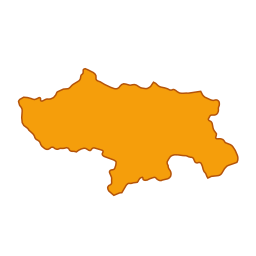 the Prefecture of Nagano, rotated 82°
{"feature_id": "JPN-1844", "entity_name": "Nagano", "entity_type": "Prefecture", "adm_level": 1, "iso_a3": "JPN", "parent_name": "Japan", "parent_adm1": "", "projection": "albers", "projection_center": [138.086, 36.102], "detail": "fine", "context": "isolated", "style": "filled", "palette": "amber", "viewbox_px": 256, "rotation_deg": 82, "n_neighbors": 0, "source": "natural_earth", "source_scale": "10m", "svg_char_len": 3810}
<svg xmlns="http://www.w3.org/2000/svg" viewBox="0 0 256 256"><g transform="rotate(82 128 128)"><path d="M188.7,55.9L187.0,56.6L184.1,57.3L182.7,58.0L181.8,58.7L179.6,59.3L176.1,59.7L173.9,60.3L172.9,60.7L172.2,61.5L172.0,62.8L172.2,64.5L171.7,65.7L170.8,66.5L167.4,67.4L166.5,68.0L165.9,68.9L165.7,70.0L165.3,71.0L164.9,72.0L164.1,73.2L163.5,74.4L163.0,77.2L161.6,82.1L161.2,84.4L161.0,86.1L161.4,88.3L162.1,89.9L164.0,91.7L166.7,93.8L167.8,94.1L169.1,94.1L170.7,93.5L172.3,93.6L173.7,93.3L176.1,92.2L177.4,91.8L178.8,91.7L180.1,91.9L181.7,92.5L183.0,93.8L183.8,95.6L184.3,101.0L184.4,101.6L184.7,102.5L184.4,104.0L183.7,105.2L182.7,106.4L181.0,107.6L180.5,108.7L180.7,110.4L181.3,113.6L182.2,116.2L182.2,118.3L181.8,119.4L181.1,120.2L179.5,120.2L178.8,120.7L179.0,122.1L179.5,123.2L180.8,124.5L182.0,125.3L183.0,126.3L183.1,127.6L183.0,130.0L183.3,132.5L183.2,133.7L182.9,134.8L183.2,136.1L184.4,137.7L191.2,143.1L191.1,145.3L192.7,151.4L187.8,155.7L186.2,156.3L185.1,156.4L184.1,156.4L183.2,155.9L182.3,154.9L181.9,153.6L181.4,152.7L180.6,152.0L179.4,151.7L177.9,151.6L175.6,151.2L174.4,151.2L169.5,152.5L168.3,152.3L167.5,151.4L167.2,150.3L167.2,149.1L167.1,148.3L166.8,147.4L166.0,146.7L163.2,145.3L160.7,144.6L159.7,144.6L158.7,145.3L157.6,146.7L152.9,155.5L152.1,156.4L151.3,157.0L150.1,157.2L148.1,156.0L147.2,156.0L146.3,156.9L143.0,164.2L142.9,165.2L143.5,166.6L144.6,167.6L145.1,168.7L144.6,169.9L142.4,172.6L141.9,174.3L142.2,177.0L143.2,180.1L144.5,182.4L143.6,184.7L143.2,187.1L142.7,188.1L141.9,188.9L140.6,189.4L139.6,190.1L138.9,191.7L139.1,193.0L139.2,194.5L139.1,195.9L138.7,197.9L139.0,199.3L139.3,200.5L139.1,201.6L138.4,203.0L136.8,204.6L136.4,205.8L136.5,206.9L137.2,208.0L137.7,209.2L138.0,210.3L137.7,211.9L136.7,213.4L134.2,215.7L132.5,216.6L129.9,217.2L128.8,217.8L127.5,219.1L126.7,220.3L125.8,221.0L124.7,221.5L122.4,222.0L120.5,223.0L116.4,226.4L114.5,227.3L111.0,230.8L108.0,232.0L102.9,231.8L96.4,230.4L94.6,230.3L92.8,230.8L91.5,231.6L90.3,232.2L87.6,232.6L86.4,232.7L85.5,232.1L84.6,231.1L83.0,227.0L83.9,223.2L85.4,219.7L86.2,218.3L86.8,216.6L86.5,214.7L85.5,211.7L85.9,210.8L86.6,210.5L88.6,210.7L89.2,210.2L89.4,209.1L88.2,205.6L88.0,204.2L88.4,202.3L88.4,200.4L87.5,197.5L85.2,194.9L83.3,193.8L82.8,193.4L82.5,193.1L82.2,192.4L80.5,186.6L80.7,182.9L80.7,181.5L80.0,180.1L77.9,177.5L77.1,176.1L74.5,170.1L73.7,169.1L72.6,168.3L70.0,167.5L69.0,166.9L68.4,165.9L67.6,165.0L66.5,164.6L64.3,164.3L63.6,163.6L63.3,162.2L64.8,159.6L68.3,154.6L69.9,153.2L71.6,152.5L73.1,152.6L75.1,152.9L76.4,152.3L77.4,151.0L78.4,149.1L81.7,145.0L85.3,139.5L87.1,136.1L87.5,134.6L87.5,133.1L86.7,131.3L85.3,129.9L84.1,128.2L83.6,126.1L84.3,123.8L85.7,120.7L86.0,119.4L85.8,117.9L85.8,116.9L85.9,115.5L86.7,113.7L89.1,110.9L89.9,109.8L90.4,108.6L91.4,105.3L91.6,103.6L91.0,101.8L90.1,99.9L86.2,96.4L87.6,94.4L90.4,92.2L91.3,91.1L92.0,89.9L93.4,86.0L94.7,83.3L96.0,81.6L96.5,80.2L96.4,79.1L96.1,77.9L96.5,76.8L97.4,75.6L98.9,74.2L100.5,72.1L101.0,70.4L101.3,68.5L101.5,65.8L101.9,63.2L101.8,50.9L105.7,49.5L106.9,48.7L108.1,47.7L111.4,42.6L112.2,41.0L112.6,39.6L112.4,37.5L112.5,36.5L112.9,35.6L113.6,34.9L114.3,34.4L114.9,34.2L115.8,34.1L117.1,34.2L118.3,34.5L119.9,35.4L121.1,35.8L122.6,35.9L123.9,36.2L125.4,37.0L126.2,37.7L126.8,38.6L127.1,39.6L127.2,40.8L126.8,43.7L127.0,44.5L127.4,45.1L130.4,47.3L131.7,46.9L133.1,45.0L134.2,44.3L135.5,44.0L139.7,43.8L141.4,43.5L142.7,43.0L145.4,41.5L146.1,41.2L146.8,41.4L147.8,41.7L149.5,42.5L150.5,42.3L151.1,41.4L151.4,38.5L151.8,37.2L152.6,35.7L153.6,34.9L156.0,33.7L158.7,29.0L159.8,27.7L161.3,26.7L165.2,24.9L170.4,23.5L172.1,23.3L173.9,23.5L175.4,23.9L177.0,24.8L177.2,25.0L177.5,26.3L179.0,33.9L179.6,35.5L181.7,38.1L185.7,41.3L186.6,42.2L187.5,43.8L187.7,45.4L187.5,52.2L188.7,55.9Z" fill="#f59e0b" stroke="#b45309" stroke-width="1.5"/></g></svg>